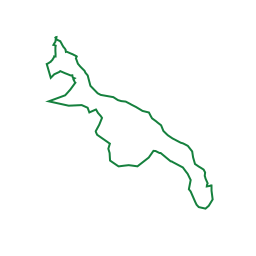 Oyigbo, Rivers, Nigeria, rotated 33°
{"feature_id": "59680162B52775693188226", "entity_name": "Oyigbo", "entity_type": "district", "adm_level": 2, "iso_a3": "NGA", "parent_name": "Nigeria", "parent_adm1": "Rivers", "projection": "mercator", "projection_center": [7.218, 4.833], "detail": "fine", "context": "isolated", "style": "outline", "palette": "green", "viewbox_px": 256, "rotation_deg": 33, "n_neighbors": 0, "source": "geoboundaries", "source_scale": "gbopen_adm2", "svg_char_len": 2851}
<svg xmlns="http://www.w3.org/2000/svg" viewBox="0 0 256 256"><g transform="rotate(33 128 128)"><path d="M141.0,165.3L141.4,165.0L144.8,162.1L148.8,158.8L151.9,157.3L156.8,155.0L161.5,141.5L161.8,133.3L163.7,132.3L168.1,131.8L169.0,131.2L181.9,132.7L182.9,132.2L183.2,132.3L195.5,131.2L200.5,133.1L202.9,133.9L208.9,137.5L212.4,146.2L215.1,147.1L224.5,153.3L227.3,155.0L230.4,155.8L236.9,153.4L238.1,149.3L237.9,141.8L232.2,135.1L230.9,133.1L229.3,130.7L228.9,130.9L228.3,131.8L227.4,132.7L225.9,134.1L225.2,132.6L224.9,131.0L220.6,128.2L218.5,126.3L218.4,126.3L216.9,123.3L214.1,121.7L211.0,121.7L208.3,121.8L203.8,121.7L198.5,117.1L194.6,112.7L187.9,110.4L185.7,110.6L182.8,110.9L181.9,111.1L180.4,111.6L171.0,112.5L165.4,112.4L163.7,112.1L159.3,111.2L158.3,110.5L154.3,107.7L149.5,107.3L148.2,107.1L144.7,106.9L142.9,106.8L140.4,105.5L137.1,103.6L130.8,105.8L129.5,105.8L124.0,106.0L123.5,106.0L117.8,106.6L117.0,106.6L111.7,107.1L107.7,109.1L106.7,109.4L104.3,110.1L98.9,110.1L87.1,115.1L83.6,115.4L73.5,113.1L68.1,108.2L65.6,105.9L62.1,104.8L60.4,103.7L55.6,102.7L53.9,102.3L52.4,101.8L51.0,101.4L47.7,98.9L46.4,98.0L45.9,95.1L45.7,95.9L45.1,96.1L44.5,96.0L44.1,96.0L43.4,96.1L42.9,96.2L42.3,96.2L41.6,96.3L40.8,96.4L40.5,96.5L38.2,96.9L36.9,97.1L35.0,97.4L34.9,97.5L34.5,98.0L34.1,97.6L33.6,97.1L33.2,96.7L33.1,96.4L32.7,96.2L32.3,96.0L31.8,95.8L31.1,95.6L30.7,95.4L30.2,95.3L29.7,95.2L29.3,95.0L29.0,94.8L27.7,94.2L27.1,93.8L26.8,93.7L26.4,93.4L25.8,93.1L25.4,92.9L25.0,92.7L24.6,92.5L24.2,92.3L24.0,92.1L23.8,92.1L23.6,92.2L22.0,92.4L20.6,92.6L19.9,92.8L19.8,92.7L19.7,92.5L19.6,92.4L19.4,92.4L19.2,92.3L19.1,92.2L18.8,91.5L18.7,91.1L18.5,90.7L18.0,91.2L17.9,91.7L18.3,91.8L18.5,92.0L19.1,93.1L19.4,93.7L19.7,94.2L19.8,94.5L20.0,94.9L20.1,95.2L20.1,95.5L20.1,96.1L20.1,97.3L20.2,98.9L20.7,98.7L22.5,98.3L22.9,99.2L23.2,99.9L23.4,100.2L23.9,101.0L24.7,102.2L24.9,102.6L27.1,105.6L27.7,106.6L28.3,107.5L27.2,108.2L27.3,108.3L27.4,108.6L27.4,109.0L27.4,109.5L27.4,110.1L27.5,110.5L27.4,111.2L27.4,111.7L27.5,112.1L27.4,112.7L27.2,113.3L27.1,113.9L27.1,114.6L26.9,115.0L26.5,115.6L26.2,116.5L26.0,117.0L25.0,118.6L31.4,124.1L35.9,128.0L36.9,123.1L39.3,119.3L39.8,118.5L40.2,117.2L45.6,116.3L47.9,115.8L50.1,115.4L50.7,115.3L51.0,115.2L51.4,115.1L51.7,114.9L52.1,114.6L52.3,114.3L52.6,114.1L53.3,114.9L53.8,115.4L54.1,115.6L54.4,115.7L54.7,115.7L55.3,115.6L56.2,115.4L56.1,115.7L55.9,116.2L55.6,116.8L55.9,117.0L56.5,117.4L56.9,117.6L57.6,118.0L58.1,118.3L58.9,118.8L59.2,118.8L59.1,119.8L58.7,127.0L58.0,131.8L57.5,134.8L47.0,148.8L66.1,141.6L76.7,134.0L83.1,133.0L87.1,136.0L91.0,130.0L91.1,129.9L94.6,131.7L98.9,132.9L100.7,133.7L102.1,140.9L102.6,147.2L102.7,148.3L103.6,149.1L103.8,149.2L105.8,150.5L121.3,151.0L122.8,156.1L126.2,159.0L130.6,165.0L130.8,165.1L139.2,165.3L141.0,165.3Z" fill="none" stroke="#15803d" stroke-width="2"/></g></svg>